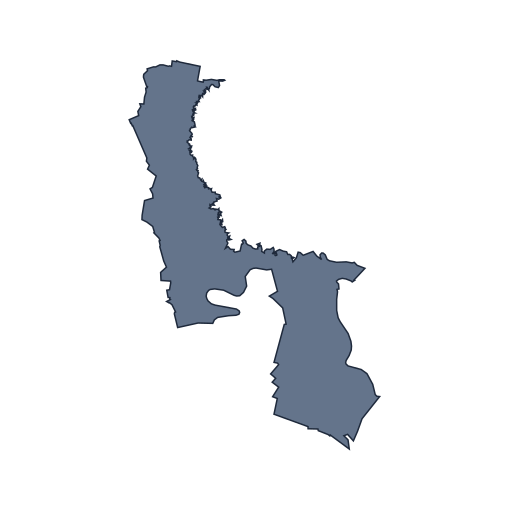 Emiliano Zapata, Tabasco, Mexico, rotated 168°
{"feature_id": "50627088B17857349990944", "entity_name": "Emiliano Zapata", "entity_type": "district", "adm_level": 2, "iso_a3": "MEX", "parent_name": "Mexico", "parent_adm1": "Tabasco", "projection": "orthographic", "projection_center": [-91.663, 17.694], "detail": "fine", "context": "isolated", "style": "filled", "palette": "slate", "viewbox_px": 512, "rotation_deg": 168, "n_neighbors": 0, "source": "geoboundaries", "source_scale": "gbopen_adm2", "svg_char_len": 6152}
<svg xmlns="http://www.w3.org/2000/svg" viewBox="0 0 512 512"><g transform="rotate(168 256 256)"><path d="M221.2,64.7L220.6,65.5L204.9,47.8L204.2,57.0L207.4,61.9L203.5,62.5L199.2,54.9L193.1,63.5L186.1,74.8L164.3,92.8L167.0,93.7L168.2,95.7L168.5,106.2L171.9,117.8L176.7,123.1L188.8,129.3L190.4,131.7L190.5,133.0L189.6,135.0L185.6,139.3L182.4,144.2L181.3,148.0L180.9,152.8L182.0,161.0L187.4,174.4L188.5,178.5L188.4,186.0L186.1,196.9L183.7,204.0L183.7,206.5L181.7,206.5L181.1,211.5L182.4,213.5L182.5,214.8L180.0,216.0L176.3,216.2L172.7,214.8L168.3,211.9L167.3,210.6L164.6,211.7L165.2,212.1L152.0,221.3L159.0,225.8L161.2,229.4L163.4,229.2L168.9,231.5L178.5,233.1L185.2,236.1L187.1,237.9L188.0,242.7L189.7,244.9L191.1,245.3L193.1,243.9L193.4,241.4L192.6,238.9L196.5,243.2L199.2,248.6L209.7,246.9L212.0,250.1L214.0,251.0L216.9,245.8L221.1,242.6L221.3,245.7L219.1,246.5L220.4,247.4L221.7,246.8L221.5,248.9L222.8,250.6L224.6,250.9L225.2,253.8L228.4,255.1L231.6,257.4L235.8,256.4L235.3,253.1L235.6,252.4L237.0,252.4L237.3,253.1L236.3,255.2L237.0,255.5L238.8,254.6L239.2,255.0L237.3,256.8L237.0,259.3L237.4,260.8L240.7,259.5L244.0,260.5L246.8,259.1L247.2,257.2L249.5,259.3L248.8,261.2L248.9,265.0L250.2,266.1L249.5,267.7L252.7,267.2L250.9,264.7L252.5,264.4L252.8,262.6L255.0,262.9L257.4,264.3L258.9,266.9L261.4,268.4L263.0,270.4L262.8,272.7L264.2,274.7L266.4,273.8L265.8,271.3L266.8,270.4L267.6,270.6L270.5,264.2L275.9,264.1L276.9,265.3L276.0,266.9L279.6,267.9L281.4,271.0L284.3,269.9L280.8,274.5L281.6,276.7L281.1,278.0L279.2,277.3L277.0,277.4L278.1,278.3L280.0,278.3L279.9,279.8L279.2,280.1L278.5,279.4L277.6,281.0L279.2,280.6L279.9,282.5L279.4,283.6L277.9,284.2L281.3,285.5L281.2,287.3L279.8,288.3L280.7,289.1L280.2,289.9L280.5,291.2L282.9,290.9L284.8,294.3L283.9,296.1L283.4,295.5L283.8,294.6L282.8,294.0L282.9,296.0L281.4,296.5L281.2,298.7L283.4,296.9L283.3,298.8L285.7,299.6L285.1,300.4L285.4,301.8L283.2,301.6L284.6,302.5L284.5,303.2L283.4,303.7L281.7,302.8L281.9,304.8L284.6,304.0L284.6,304.5L283.4,304.9L284.1,305.9L282.8,306.7L280.8,305.6L280.4,306.0L282.8,308.1L282.5,310.0L283.3,309.4L286.2,310.4L286.0,309.7L286.5,309.6L287.9,311.3L290.2,311.3L291.9,312.7L289.8,313.5L290.6,314.8L290.3,315.9L289.4,315.0L288.0,316.0L288.0,314.8L286.2,314.4L287.2,316.4L286.2,316.7L286.1,317.5L282.6,317.9L282.7,320.4L280.7,319.3L277.6,320.4L278.6,320.3L279.8,321.1L279.8,321.6L278.6,321.7L278.7,323.3L282.8,325.4L282.6,326.9L285.7,327.5L286.2,329.7L285.5,331.1L286.7,330.9L287.2,331.8L288.4,331.6L288.3,332.8L289.8,333.4L289.6,334.6L290.7,334.6L290.6,333.7L291.9,333.4L292.4,335.0L290.5,335.1L290.0,336.0L290.6,336.6L291.6,336.1L292.1,336.8L290.0,337.8L291.6,339.0L291.8,340.4L292.3,339.6L293.6,340.5L292.9,342.5L294.3,341.9L294.8,344.1L296.2,344.6L296.4,346.6L294.9,349.3L295.5,350.4L294.9,351.6L296.0,352.1L296.3,353.0L295.0,353.7L295.1,354.9L294.1,356.6L294.8,358.5L294.4,360.0L295.3,360.8L294.6,363.2L295.4,363.7L295.0,364.4L295.6,365.3L296.8,364.2L296.5,365.6L297.4,366.6L297.0,367.9L298.5,368.0L299.3,369.1L299.1,370.9L297.7,370.7L296.9,371.8L297.6,372.5L297.8,371.6L298.5,371.5L299.3,373.3L297.8,372.7L298.0,373.9L297.4,374.9L298.6,375.2L296.0,376.1L297.2,376.2L296.1,376.9L297.9,377.7L298.3,378.7L297.6,379.1L299.7,381.6L299.3,382.8L298.8,382.5L297.2,383.6L295.3,382.8L295.0,384.0L296.0,385.6L295.0,386.7L294.0,385.8L293.5,386.0L294.3,387.5L293.1,388.3L293.2,389.3L294.9,392.2L294.9,392.8L294.0,393.2L294.0,394.0L292.1,395.3L291.7,394.8L288.5,394.9L289.3,396.1L288.4,396.5L288.4,400.0L290.4,401.7L289.9,402.5L289.1,401.9L288.7,402.3L289.3,403.3L288.5,403.2L287.9,404.4L289.1,404.3L289.1,405.0L289.9,405.0L289.9,405.7L289.3,405.4L289.1,406.3L287.4,406.9L287.3,408.0L288.1,408.0L287.6,408.8L286.0,408.6L286.8,409.2L286.5,410.3L287.6,410.5L287.8,412.3L287.1,412.4L286.4,410.9L284.5,411.5L284.7,412.2L285.7,412.4L284.7,413.1L286.3,413.8L286.2,415.1L285.4,415.7L284.7,415.2L283.4,416.5L282.4,415.8L282.2,417.2L282.7,418.0L281.7,417.6L280.9,418.4L281.9,418.4L282.0,419.5L279.5,418.9L279.9,420.1L278.2,421.7L278.1,422.2L278.8,422.6L278.3,423.0L278.8,423.5L278.2,424.9L277.5,424.7L277.1,423.4L276.8,424.5L275.8,424.5L275.1,423.0L274.4,426.1L273.8,426.1L273.2,424.9L272.0,425.7L272.6,427.6L270.8,426.2L271.3,427.0L271.0,428.1L271.9,428.1L272.1,429.1L270.5,430.0L269.3,429.4L269.3,431.4L268.6,431.1L268.8,429.9L267.7,428.0L267.7,429.4L266.9,429.4L266.2,431.1L263.8,433.0L262.5,432.6L260.9,430.1L257.8,428.6L256.2,430.3L256.1,435.0L252.3,434.0L250.0,434.4L250.5,435.0L255.0,436.0L257.7,435.9L262.9,438.0L268.2,438.3L270.5,439.1L270.3,438.5L271.0,438.5L271.6,437.0L276.4,439.2L276.8,439.5L271.2,453.1L290.4,461.6L292.9,463.4L293.3,462.6L297.4,464.2L299.2,459.1L301.0,459.9L302.3,459.8L307.0,462.2L310.3,462.9L314.8,461.8L317.1,462.3L323.6,461.7L323.6,459.8L328.0,457.1L328.6,455.5L328.9,454.2L327.7,444.7L326.9,444.3L327.3,443.3L329.0,443.1L329.4,439.2L332.0,434.6L334.1,428.0L338.0,429.0L337.6,426.0L341.5,422.0L341.6,417.7L351.7,415.7L351.0,411.8L350.5,411.9L349.9,409.0L349.4,409.1L342.4,374.6L343.5,371.5L341.4,367.0L344.0,363.5L337.0,355.0L343.1,344.6L345.7,343.7L344.2,338.3L344.7,334.1L353.5,333.4L358.9,319.6L360.0,315.3L355.7,311.9L350.9,306.4L350.4,300.3L351.1,299.9L347.2,293.7L346.6,291.1L347.6,290.9L347.5,286.4L348.2,285.0L347.3,270.3L345.9,263.7L352.7,259.8L354.0,251.8L344.8,249.2L345.0,247.4L347.6,241.0L350.4,241.1L350.6,233.7L348.9,233.2L349.3,231.9L348.8,231.2L352.9,230.1L350.8,228.2L350.4,228.4L348.3,225.8L346.3,218.0L347.3,217.8L347.9,216.4L347.5,202.3L326.6,202.5L312.3,199.1L310.0,202.2L306.3,203.9L295.2,203.3L287.9,202.2L284.8,202.6L283.7,204.2L283.9,205.8L286.2,208.2L306.3,216.5L309.7,218.6L312.3,222.1L313.0,224.7L313.1,227.1L311.9,230.1L309.5,232.2L307.8,232.8L303.2,232.4L294.8,229.3L285.6,222.1L283.3,220.9L280.2,220.5L275.8,223.0L271.4,228.5L270.8,238.2L264.6,243.8L261.3,244.5L258.4,244.2L248.5,240.2L243.5,239.8L242.3,217.0L251.3,214.0L248.3,211.0L240.7,199.7L240.7,183.1L242.6,183.2L260.5,148.2L257.1,146.7L256.5,145.0L266.2,137.6L262.2,132.3L266.4,129.2L261.1,123.0L269.0,114.9L264.8,112.2L271.3,97.5L240.6,78.3L241.0,76.2L231.4,73.9L231.4,72.2L222.5,66.3L221.2,64.7Z" fill="#64748b" stroke="#1e293b" stroke-width="1.5"/></g></svg>